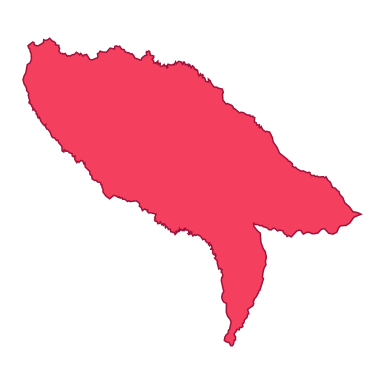 outline of Popayán, Cauca, Colombia
{"feature_id": "7082276B86437588749871", "entity_name": "Popayán", "entity_type": "district", "adm_level": 2, "iso_a3": "COL", "parent_name": "Colombia", "parent_adm1": "Cauca", "projection": "equal_earth", "projection_center": [-76.57, 2.442], "detail": "fine", "context": "isolated", "style": "filled", "palette": "rose", "viewbox_px": 384, "rotation_deg": 0, "n_neighbors": 0, "source": "geoboundaries", "source_scale": "gbopen_adm2", "svg_char_len": 5863}
<svg xmlns="http://www.w3.org/2000/svg" viewBox="0 0 384 384"><path d="M184.4,62.1L183.3,62.1L183.5,63.4L182.6,64.4L181.2,62.0L178.7,61.3L176.4,63.7L175.6,61.8L174.1,65.0L173.2,64.3L171.4,65.2L168.0,64.2L167.5,65.0L167.7,67.6L167.0,68.0L166.5,65.8L165.1,66.3L164.1,64.4L161.9,66.4L160.5,66.1L159.8,65.2L160.4,63.9L160.0,63.1L158.1,64.1L157.9,61.1L156.9,61.9L156.5,63.5L155.3,62.7L153.9,63.1L153.6,60.8L152.1,59.3L153.6,57.9L153.8,56.0L150.4,55.1L149.7,51.8L148.8,50.9L147.9,51.7L146.6,51.5L146.2,52.7L146.8,55.2L144.6,55.7L141.8,58.1L140.9,60.2L134.6,57.9L134.0,56.0L132.0,53.7L130.8,54.2L129.4,53.0L125.4,52.1L124.1,49.6L121.5,49.1L119.7,46.2L118.1,46.6L116.2,45.9L114.8,46.4L114.5,49.0L110.1,48.1L106.5,52.2L102.3,52.0L100.1,51.1L98.9,53.0L97.4,53.8L98.0,56.3L97.5,57.7L92.1,59.9L89.7,59.4L86.6,54.4L84.4,54.8L83.0,56.1L80.8,53.4L79.6,55.0L78.9,53.9L76.3,52.3L74.5,54.4L72.2,54.7L70.2,56.1L68.5,55.6L67.2,56.3L65.2,53.4L63.3,54.2L62.7,53.4L61.3,53.6L60.0,52.6L58.9,51.1L59.6,48.2L58.7,47.1L58.9,45.5L55.7,44.8L55.5,43.0L53.9,41.5L52.4,41.2L49.6,38.3L47.6,39.9L45.2,40.4L43.7,39.7L43.4,42.7L38.4,45.7L37.0,45.9L34.1,44.6L34.0,42.6L32.8,42.0L28.0,45.7L28.7,48.0L29.9,49.2L30.2,51.7L31.2,53.7L31.4,59.5L29.9,63.0L27.3,64.6L25.8,72.8L24.0,76.2L23.0,79.8L24.1,83.9L26.4,87.7L26.6,90.4L28.8,93.3L28.2,94.9L30.0,101.8L29.1,101.8L29.1,103.1L31.6,104.8L31.5,106.0L32.8,107.4L32.9,109.9L34.2,109.1L34.4,110.2L36.1,111.7L36.2,114.0L37.5,114.2L37.2,115.4L38.1,117.9L38.9,118.1L39.4,117.2L40.9,121.3L43.4,124.7L44.6,125.4L45.7,124.8L45.2,126.2L46.8,129.0L48.3,129.6L50.2,132.3L51.8,136.6L53.1,137.8L54.5,137.8L56.5,140.5L57.9,140.1L58.8,142.8L61.9,146.4L62.1,150.9L63.7,151.9L63.9,150.4L64.5,150.7L64.9,150.0L65.6,151.3L67.7,151.0L69.3,152.7L72.0,153.6L72.3,156.0L74.4,157.1L74.3,156.2L75.0,156.0L74.8,159.5L76.8,162.6L77.5,161.5L79.0,162.3L80.8,160.5L82.7,161.0L84.0,164.0L84.8,163.1L85.3,167.0L89.7,171.4L90.0,174.5L91.7,175.7L92.1,178.8L94.5,180.4L96.2,180.3L97.5,182.0L99.6,182.2L100.7,183.0L101.0,184.8L101.8,184.8L102.1,187.5L103.1,189.4L103.0,192.0L105.8,195.9L109.6,198.8L113.7,195.4L116.5,196.1L118.2,197.5L119.3,196.7L120.1,198.1L121.9,197.7L122.8,199.3L124.6,199.1L127.6,201.5L128.8,200.6L129.9,201.6L136.3,200.8L139.6,203.4L139.4,206.4L141.1,207.2L142.4,210.6L144.9,208.9L146.1,210.0L147.7,209.9L147.3,211.6L148.8,213.0L150.6,212.7L156.1,214.2L154.7,217.7L155.4,218.5L154.6,219.4L155.0,221.0L157.0,221.4L157.8,223.7L159.4,223.4L160.2,221.9L161.9,224.9L162.6,224.3L163.4,225.2L163.8,223.8L164.9,224.3L165.5,227.7L166.5,226.5L168.1,228.4L168.3,229.5L170.2,229.1L170.7,231.7L174.0,232.5L175.1,234.5L176.4,233.0L175.8,232.1L176.2,231.2L176.7,231.1L177.0,232.4L178.3,231.5L178.4,230.5L179.2,231.1L179.5,228.6L180.6,230.2L181.6,229.5L182.4,230.6L184.1,230.6L183.7,229.3L184.6,228.6L184.8,229.7L185.6,228.6L186.0,230.0L188.6,230.4L188.8,232.8L188.0,233.5L188.9,234.6L190.4,233.9L190.0,232.7L190.6,231.6L191.8,232.1L191.6,233.6L192.9,236.0L194.5,234.7L195.6,235.5L197.7,234.6L200.7,236.4L202.9,239.7L204.0,239.0L205.5,239.8L205.4,240.7L206.9,242.6L209.7,243.0L208.5,244.2L209.7,245.8L210.6,244.7L211.3,244.9L212.2,248.4L211.1,248.3L210.8,249.3L212.9,249.6L212.6,252.9L213.6,254.5L214.8,255.0L214.9,253.7L215.5,254.1L215.9,256.0L215.5,256.2L215.4,257.7L214.6,258.1L217.5,261.2L217.2,262.7L218.8,269.0L220.1,268.2L221.3,270.0L221.9,269.5L222.1,270.0L221.1,272.0L222.2,272.9L222.9,275.7L222.1,277.8L221.7,277.6L221.3,280.7L223.8,291.8L222.5,293.4L221.7,297.3L222.6,300.4L224.1,302.3L226.4,303.4L226.3,312.2L227.6,316.2L230.0,319.2L231.1,322.2L229.6,329.2L228.4,330.4L228.1,333.5L226.5,334.4L224.9,337.0L224.3,340.4L226.1,341.8L229.2,342.6L230.7,345.7L232.4,345.7L233.4,344.2L234.2,340.5L235.5,340.0L235.5,336.5L234.4,335.4L234.3,333.6L236.4,331.0L236.8,329.4L239.2,329.8L239.7,327.6L241.8,327.4L242.9,326.4L242.4,324.0L243.9,322.8L244.4,320.0L247.1,317.2L247.6,314.5L248.8,313.7L247.6,309.4L253.0,305.6L253.7,303.7L253.3,301.0L254.1,300.3L254.1,299.1L255.8,297.4L258.6,292.5L258.6,291.1L259.9,290.3L263.5,278.6L262.4,277.2L263.1,271.8L264.2,267.8L266.0,264.8L265.4,261.8L266.4,257.0L265.1,251.4L263.3,248.8L260.9,242.3L260.3,233.2L257.5,230.9L253.8,226.3L253.7,223.4L255.0,224.4L258.1,224.7L260.3,225.8L262.4,225.5L263.0,226.6L267.0,227.7L269.1,229.8L271.5,229.8L272.4,228.6L274.6,228.3L277.8,231.0L278.4,230.2L282.0,230.5L283.2,231.2L283.2,232.1L284.8,234.1L286.0,234.4L287.1,236.5L288.5,235.5L291.3,236.9L296.8,231.0L299.4,230.1L300.7,230.4L303.3,234.1L307.3,232.1L309.9,232.5L311.9,233.7L314.4,233.7L318.0,233.0L321.1,229.5L323.6,228.7L324.8,229.0L328.8,233.3L333.0,234.1L336.7,232.3L338.9,227.5L340.5,225.8L346.2,225.4L349.8,222.9L353.9,217.2L361.0,214.2L357.6,212.6L352.8,211.7L349.7,207.1L344.7,202.7L342.8,197.6L339.8,194.5L339.0,191.5L337.4,190.7L335.5,188.3L332.4,187.4L330.3,182.1L327.9,180.2L326.0,176.8L324.6,177.8L323.3,176.6L319.1,177.1L317.1,176.1L315.2,176.5L314.1,175.3L311.7,175.6L310.1,173.9L310.0,172.6L308.7,172.2L307.6,172.9L303.3,170.9L301.0,171.1L296.8,168.7L295.6,167.2L294.3,167.4L292.5,166.3L292.3,163.6L289.7,161.2L288.3,161.2L287.8,159.8L279.5,153.1L277.0,147.4L273.1,141.8L272.4,137.7L269.7,132.1L266.4,131.3L265.3,131.7L262.8,129.8L261.1,126.4L259.9,127.9L259.3,127.6L259.3,124.8L257.0,125.1L256.1,122.7L254.4,122.0L254.7,117.6L253.4,117.3L252.9,116.2L250.2,116.3L249.9,115.1L246.9,114.9L243.6,112.8L241.1,112.2L239.5,112.8L234.8,108.8L233.5,108.6L233.2,107.1L231.8,105.4L227.4,103.5L226.1,104.1L222.9,100.1L222.5,94.2L223.3,92.5L222.4,89.1L218.1,88.1L217.2,87.3L213.8,86.9L210.7,82.5L210.5,81.0L208.4,79.1L208.6,82.0L205.8,81.4L204.5,77.5L202.6,77.7L203.1,75.5L202.7,74.5L201.1,75.5L200.5,73.9L199.2,75.6L199.1,74.5L198.2,74.2L197.6,70.3L196.4,69.6L196.8,70.9L195.7,69.5L194.2,69.1L194.1,67.3L192.5,65.8L191.1,67.9L190.2,65.4L189.0,64.3L188.6,66.1L187.2,64.3L185.4,64.8L184.4,62.1Z" fill="#f43f5e" stroke="#9f1239" stroke-width="1.5"/></svg>